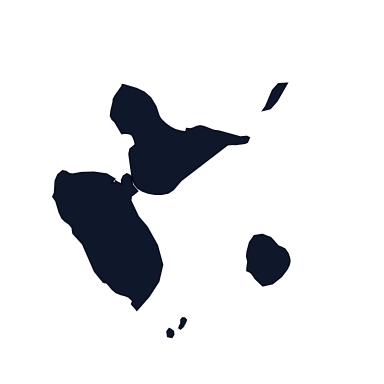 the Overseas department of Guadeloupe, rotated 337°
{"feature_id": "FRA-4603", "entity_name": "Guadeloupe", "entity_type": "Overseas department", "adm_level": 1, "iso_a3": "FRA", "parent_name": "France", "parent_adm1": "", "projection": "natural_earth1", "projection_center": [-61.48, 16.18], "detail": "fine", "context": "isolated", "style": "filled", "palette": "ink", "viewbox_px": 384, "rotation_deg": 337, "n_neighbors": 0, "source": "natural_earth", "source_scale": "10m", "svg_char_len": 2208}
<svg xmlns="http://www.w3.org/2000/svg" viewBox="0 0 384 384"><g transform="rotate(337 192 192)"><path d="M141.1,152.1L141.9,154.0L139.9,162.4L142.3,169.9L140.2,170.6L134.4,172.1L132.2,176.0L132.9,193.6L137.0,206.8L139.2,227.4L136.5,247.4L126.4,261.3L111.6,271.3L95.0,279.3L94.5,277.1L92.6,271.6L95.0,269.0L92.7,263.9L89.9,261.1L86.6,258.6L82.8,254.8L80.5,250.3L79.3,246.0L78.0,242.4L75.2,240.4L71.3,227.0L71.0,197.1L66.3,183.6L67.8,177.9L66.4,173.4L63.8,169.3L62.1,165.2L61.9,158.8L63.2,147.0L62.1,142.0L65.2,139.0L70.6,128.2L75.3,123.7L81.2,121.9L84.2,124.1L86.3,127.4L89.5,129.1L97.6,130.9L109.4,135.5L120.5,142.2L126.0,149.8L121.4,152.1L124.1,153.3L124.6,153.8L124.6,153.4L126.0,152.1L127.0,153.6L130.4,157.5L131.9,153.4L135.1,150.5L139.1,149.8L141.1,152.1ZM143.5,152.2L148.9,132.3L151.9,128.1L157.9,126.5L158.7,125.2L159.2,122.0L159.3,118.5L159.0,115.9L157.6,114.2L155.4,112.7L152.7,111.4L150.2,110.8L148.4,97.3L146.9,93.9L146.7,90.2L149.5,85.3L154.6,78.4L155.9,75.9L159.0,73.4L168.9,67.3L169.8,66.0L170.8,66.5L181.3,75.1L186.9,81.4L190.7,89.2L192.1,99.2L191.3,109.1L191.8,112.8L194.3,118.8L197.5,124.1L201.0,128.2L205.0,131.4L209.7,134.3L211.9,131.5L215.2,133.4L218.3,133.7L221.6,133.6L225.3,134.3L228.4,136.4L235.3,143.1L237.2,144.6L240.6,146.5L258.0,160.3L264.2,162.3L266.0,164.4L262.4,167.8L259.7,167.8L250.7,165.3L248.2,164.0L243.2,162.4L186.5,177.1L175.6,182.5L169.9,183.6L163.0,182.2L156.7,179.4L151.2,175.8L146.9,171.8L143.6,167.2L142.2,162.5L142.3,157.6L143.5,152.2ZM256.3,285.8L256.0,290.5L255.1,293.9L253.0,296.9L249.3,300.2L241.2,304.8L230.2,307.8L220.5,306.0L216.3,296.2L216.0,293.7L215.2,290.7L214.1,288.1L212.9,287.1L211.8,285.8L213.2,283.1L216.3,278.0L217.2,272.6L219.5,268.5L225.3,261.0L232.3,256.6L240.2,258.6L246.6,264.8L250.3,275.6L252.8,277.9L255.2,280.9L256.3,285.8ZM322.1,129.1L305.8,141.4L296.6,145.8L289.2,144.6L293.4,142.0L306.0,129.8L313.8,126.2L322.1,129.1ZM117.6,308.8L118.8,310.1L120.4,313.0L119.5,316.0L116.7,318.0L113.2,315.6L114.4,310.7L117.6,308.8ZM136.3,306.1L136.5,306.7L136.8,307.6L135.0,309.4L131.3,312.4L127.9,313.6L126.9,312.0L128.6,310.2L130.3,309.0L132.0,305.2L134.0,304.2L135.9,305.1L136.3,306.1Z" fill="#0f172a" stroke="#020617" stroke-width="1.5"/></g></svg>